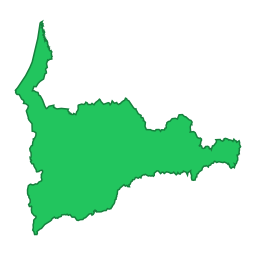 Portoviejo, Manabi, Ecuador
{"feature_id": "8360857B28339541752257", "entity_name": "Portoviejo", "entity_type": "district", "adm_level": 2, "iso_a3": "ECU", "parent_name": "Ecuador", "parent_adm1": "Manabi", "projection": "equal_earth", "projection_center": [-80.352, -0.999], "detail": "fine", "context": "isolated", "style": "filled", "palette": "green", "viewbox_px": 256, "rotation_deg": 0, "n_neighbors": 0, "source": "geoboundaries", "source_scale": "gbopen_adm2", "svg_char_len": 5781}
<svg xmlns="http://www.w3.org/2000/svg" viewBox="0 0 256 256"><path d="M201.4,139.0L200.2,138.0L199.1,138.4L197.3,137.4L195.2,132.7L193.6,131.6L190.2,132.0L190.6,131.0L190.2,127.0L191.0,124.4L191.8,124.6L191.6,123.7L192.1,122.1L190.9,120.4L189.4,120.0L185.8,116.8L184.5,116.6L182.4,114.6L179.1,114.8L177.4,119.0L175.3,118.3L172.1,118.7L170.0,121.2L168.4,121.5L166.9,122.7L166.7,124.1L166.1,125.1L166.3,127.8L165.0,128.2L164.5,129.9L161.3,129.8L160.6,131.3L159.0,129.5L156.1,129.6L155.4,130.7L154.7,130.9L151.5,130.4L150.7,129.7L146.4,129.6L145.0,126.4L145.4,122.4L143.8,120.6L143.3,120.6L143.6,119.4L142.8,117.6L141.3,117.7L141.0,117.0L141.1,115.4L138.3,113.8L136.1,109.8L135.9,108.8L134.9,109.0L133.6,107.9L128.8,100.8L127.3,100.1L126.5,98.6L125.5,98.2L124.6,100.4L123.6,100.7L121.2,102.5L120.5,103.6L119.4,103.8L118.7,104.5L117.4,103.8L116.7,102.5L114.4,103.3L112.2,100.9L111.3,103.3L110.1,104.8L109.2,103.0L108.3,102.7L103.6,104.3L101.1,101.7L100.0,99.6L99.4,99.2L98.5,100.3L95.5,102.6L94.0,104.8L92.0,103.4L90.9,104.6L88.1,104.5L87.3,103.0L85.8,102.2L85.2,103.5L84.0,104.5L81.6,104.1L78.4,105.1L78.1,105.7L78.2,109.0L77.6,110.7L76.8,111.6L75.8,114.6L73.7,113.5L73.3,114.4L71.8,114.5L71.0,113.6L70.4,114.0L70.0,113.0L69.3,113.4L68.9,111.7L68.2,111.3L67.8,110.0L68.3,109.1L61.3,108.4L57.1,108.9L55.0,108.2L54.6,107.4L53.6,107.4L53.8,105.2L49.0,106.3L47.0,108.4L46.3,108.6L44.8,106.2L42.5,99.9L40.3,95.9L38.9,95.3L38.0,92.5L35.8,91.9L33.9,90.7L32.4,90.8L33.9,86.5L36.1,86.7L38.1,83.4L40.0,81.4L43.6,79.0L44.9,73.9L46.4,73.0L46.3,71.6L45.6,69.7L45.9,68.5L47.3,67.5L46.5,63.7L47.7,60.0L48.3,60.4L49.6,59.4L51.8,59.0L51.6,57.2L52.1,56.3L51.5,55.9L51.5,54.2L51.2,53.7L51.8,51.9L51.3,51.7L51.0,50.5L50.0,50.8L49.1,49.6L49.4,48.6L48.5,47.8L49.2,47.1L47.9,46.6L48.4,46.1L47.7,44.8L47.8,44.1L47.4,43.8L47.6,42.5L47.1,41.0L46.5,40.2L46.4,41.1L45.6,40.6L45.1,41.0L45.3,39.2L44.6,39.8L44.4,39.1L44.9,38.1L44.0,37.3L44.7,36.9L43.6,35.6L44.2,35.1L43.1,34.8L44.0,33.8L44.6,32.2L44.1,31.1L43.1,32.1L42.7,31.0L43.5,30.8L43.7,30.1L42.8,30.0L42.4,27.8L41.7,27.7L42.3,27.3L42.5,26.4L42.3,25.8L41.6,25.7L41.6,25.2L43.1,25.7L42.7,24.7L41.8,24.4L42.9,23.8L41.7,22.6L42.2,21.5L40.5,22.5L40.1,23.3L37.8,38.4L32.2,62.0L29.9,67.5L25.6,75.8L17.6,87.8L15.4,90.3L16.0,90.9L15.6,92.0L16.2,93.6L17.0,94.4L19.3,94.6L21.6,99.0L23.4,100.2L24.1,101.9L23.5,103.4L25.7,103.7L28.1,105.4L28.4,106.2L27.8,108.3L26.3,110.9L28.4,117.7L28.2,118.1L28.9,119.9L32.0,123.7L32.2,131.2L34.0,131.5L36.0,132.9L35.9,135.4L35.2,137.3L34.1,138.7L33.3,138.9L33.3,139.5L33.8,139.6L32.8,142.0L32.4,145.4L31.3,145.9L29.8,148.6L30.1,150.8L31.0,152.5L31.2,155.2L31.0,157.0L30.6,157.8L30.1,157.5L30.2,158.3L30.5,159.7L31.0,159.6L31.5,160.5L30.6,161.6L32.0,163.8L33.5,164.0L34.1,166.3L36.2,169.8L36.4,171.6L36.7,171.9L39.0,171.5L39.5,170.8L42.0,170.2L42.6,170.9L42.5,172.6L41.2,174.8L41.5,175.8L41.2,177.3L41.9,179.7L41.5,180.8L38.7,182.2L37.8,183.5L36.9,184.1L35.5,183.9L33.4,184.9L31.9,184.8L30.8,184.2L30.1,184.4L28.4,185.7L27.5,189.9L27.6,193.7L28.1,195.3L28.8,195.7L28.9,197.4L30.2,199.6L30.2,202.5L28.6,204.5L29.4,206.5L30.3,206.6L31.2,206.1L31.7,206.7L31.4,209.7L31.8,212.7L34.2,215.6L36.0,216.3L35.9,217.8L34.0,219.7L33.7,220.6L33.7,222.7L33.1,224.8L33.3,227.8L32.7,230.1L33.9,231.6L34.6,234.5L36.9,234.5L37.4,233.2L37.0,231.5L40.1,229.0L41.5,228.4L44.7,224.5L50.2,221.1L51.5,220.0L52.0,218.8L54.3,217.1L55.6,218.2L56.8,217.9L57.8,218.3L58.4,217.3L61.2,216.4L61.7,214.9L64.9,214.5L66.0,214.9L67.1,214.2L68.3,215.3L70.1,214.6L72.0,217.1L74.8,217.1L76.8,220.1L78.2,220.5L80.1,219.7L82.9,219.5L83.8,218.3L85.6,217.6L89.2,214.0L91.5,213.6L92.0,215.1L93.2,214.4L94.2,212.7L93.7,211.4L94.2,210.9L95.1,211.1L95.2,210.2L96.3,210.8L96.4,211.9L101.2,211.8L104.0,210.6L106.1,210.5L107.5,208.6L109.1,209.1L111.0,208.6L111.3,207.5L112.3,206.7L112.5,205.4L113.4,204.8L114.5,202.7L115.1,199.7L116.1,199.2L116.1,197.6L116.7,196.6L116.7,195.3L117.3,194.0L117.5,191.0L118.1,189.8L119.4,189.3L120.0,188.1L124.0,184.7L125.3,186.1L126.8,185.4L127.7,186.6L129.5,186.7L128.9,184.9L130.0,184.4L131.2,181.6L132.2,181.1L132.6,179.7L133.9,179.7L134.6,179.2L135.3,177.7L136.0,177.4L138.2,178.2L139.9,177.1L140.9,177.9L141.6,175.8L143.8,174.6L144.6,174.9L145.3,174.3L148.3,176.0L149.2,175.7L151.1,176.1L152.3,175.5L153.2,176.3L154.2,175.5L154.3,173.1L156.9,170.9L158.4,171.1L160.6,173.6L162.1,172.2L163.2,172.3L164.2,173.5L166.6,171.8L169.4,172.5L170.6,173.4L172.9,172.9L173.7,172.1L176.2,174.8L177.3,173.8L177.9,172.5L178.9,173.8L180.2,174.1L180.8,173.0L182.9,172.2L183.4,171.1L186.1,172.2L187.5,175.1L188.0,172.6L190.6,170.7L190.5,172.3L191.6,175.5L191.4,177.7L191.9,179.9L193.3,180.3L195.2,179.9L195.1,179.5L196.0,177.0L196.8,176.9L196.9,174.4L197.5,173.6L198.0,173.7L199.2,171.8L201.9,170.0L202.4,167.9L204.0,166.1L205.2,166.2L206.2,165.6L208.4,167.0L208.8,165.5L210.6,165.0L211.5,163.4L213.4,163.1L214.4,161.3L215.1,161.4L216.6,162.5L218.9,161.7L223.0,162.6L224.3,162.0L226.9,163.2L227.7,164.0L228.2,163.7L228.2,164.4L229.0,164.4L229.8,166.9L231.1,168.3L233.1,166.9L234.4,167.7L234.8,165.7L235.2,165.3L234.5,163.9L235.5,164.4L236.6,162.9L236.8,161.6L237.7,160.1L237.7,157.6L237.1,155.1L238.6,154.8L238.8,153.8L239.3,153.7L239.0,152.1L239.5,149.9L239.2,148.5L240.6,146.7L239.5,144.4L239.6,142.4L239.1,140.8L236.7,142.3L236.1,140.9L235.3,140.8L233.9,139.2L232.9,141.4L232.1,140.6L229.6,139.8L228.9,140.2L227.8,139.1L225.6,138.4L224.2,138.7L224.1,140.0L223.4,140.0L223.2,140.8L222.6,141.2L220.6,140.3L220.2,139.5L215.9,139.7L216.4,140.5L216.3,142.3L213.6,145.8L212.5,145.9L211.3,149.7L210.8,148.5L209.4,148.8L208.9,147.0L207.8,146.3L205.7,146.5L205.4,147.3L204.8,147.4L204.8,148.1L203.2,148.5L202.0,147.9L201.6,146.2L200.9,145.6L199.7,146.1L199.3,145.8L200.5,144.0L200.8,141.6L201.5,140.3L201.4,139.0Z" fill="#22c55e" stroke="#15803d" stroke-width="1.5"/></svg>